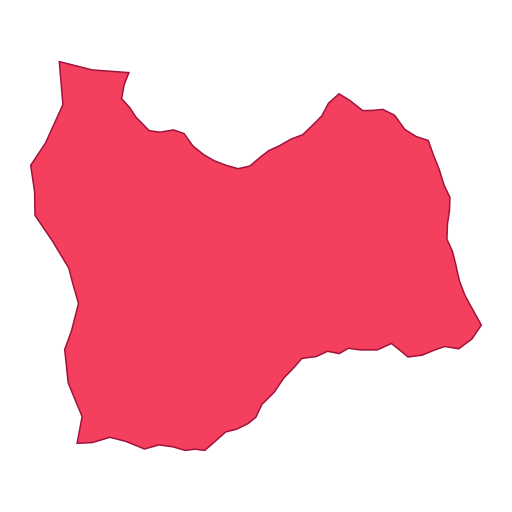 the district of Zabelê, Paraíba, Brazil
{"feature_id": "56859067B18292318839761", "entity_name": "Zabelê", "entity_type": "district", "adm_level": 2, "iso_a3": "BRA", "parent_name": "Brazil", "parent_adm1": "Paraíba", "projection": "robinson", "projection_center": [-37.088, -8.075], "detail": "fine", "context": "isolated", "style": "filled", "palette": "rose", "viewbox_px": 512, "rotation_deg": 0, "n_neighbors": 0, "source": "geoboundaries", "source_scale": "gbopen_adm2", "svg_char_len": 1247}
<svg xmlns="http://www.w3.org/2000/svg" viewBox="0 0 512 512"><path d="M59.3,61.6L62.9,104.6L45.5,143.0L30.7,165.3L34.6,191.7L35.0,215.4L52.2,240.7L68.8,268.1L72.4,282.1L78.5,303.5L71.4,331.1L64.7,349.5L68.2,383.0L82.1,416.6L77.1,443.3L92.3,442.6L109.9,437.3L125.9,441.4L144.5,449.0L159.1,444.9L173.2,446.9L185.2,450.4L194.9,449.2L204.8,450.4L215.1,441.4L225.6,432.0L236.6,429.2L247.9,423.7L255.8,417.3L261.9,404.4L274.0,392.5L283.7,378.2L294.3,367.2L301.9,358.4L316.1,356.6L327.5,351.3L339.4,353.6L348.3,348.3L360.2,349.9L377.4,349.9L391.4,343.5L399.5,349.9L408.0,357.0L422.0,355.2L434.9,349.9L444.8,346.5L458.8,348.8L472.0,338.9L481.3,325.1L473.8,311.5L465.1,295.7L459.4,280.9L455.8,264.6L452.5,251.5L446.9,239.1L447.5,223.7L449.5,210.8L449.9,197.3L444.2,185.5L439.2,169.4L433.5,155.2L428.3,140.5L416.3,136.6L404.8,129.4L394.5,115.2L382.9,109.4L372.6,110.4L362.7,110.6L349.9,100.5L339.0,93.8L328.5,103.2L321.8,115.9L310.9,126.9L302.6,134.7L290.6,139.3L279.3,145.8L268.8,150.6L260.5,157.0L249.9,166.0L238.2,168.7L226.0,165.3L214.1,160.7L203.8,154.7L192.9,146.0L184.1,133.6L173.6,129.9L159.7,132.2L149.1,130.6L135.8,117.0L130.1,108.1L121.6,98.6L124.2,84.6L128.9,72.6L92.0,69.9L59.3,61.6Z" fill="#f43f5e" stroke="#9f1239" stroke-width="1.5"/></svg>